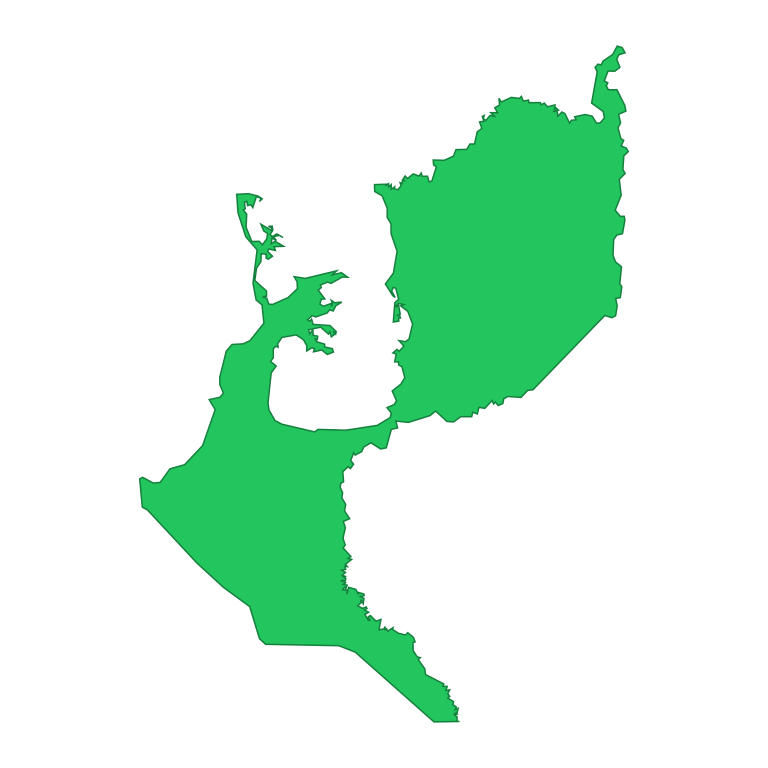 Turbo, Antioquia, Colombia (orthographic projection)
{"feature_id": "7082276B90132082814174", "entity_name": "Turbo", "entity_type": "district", "adm_level": 2, "iso_a3": "COL", "parent_name": "Colombia", "parent_adm1": "Antioquia", "projection": "orthographic", "projection_center": [-76.668, 7.972], "detail": "fine", "context": "isolated", "style": "filled", "palette": "green", "viewbox_px": 768, "rotation_deg": 0, "n_neighbors": 0, "source": "geoboundaries", "source_scale": "gbopen_adm2", "svg_char_len": 6085}
<svg xmlns="http://www.w3.org/2000/svg" viewBox="0 0 768 768"><path d="M349.7,518.7L344.5,510.9L345.7,504.3L341.9,498.0L342.6,492.6L340.2,487.4L340.8,483.3L343.6,481.8L342.8,471.7L348.2,466.7L350.4,468.6L353.6,464.2L350.7,460.6L353.6,452.9L355.2,455.1L361.7,451.6L363.7,447.1L370.9,442.8L380.7,449.0L386.3,447.8L391.3,429.4L397.6,427.9L395.9,421.1L408.4,422.4L430.0,415.6L435.7,411.1L447.0,421.5L453.6,421.9L460.7,416.7L471.7,416.7L472.8,412.2L477.3,414.0L478.9,407.4L484.8,408.3L492.2,400.5L493.6,404.0L495.4,402.1L498.2,405.5L502.8,403.6L503.8,398.8L507.8,396.5L521.0,397.4L527.7,390.4L533.0,389.7L604.8,315.5L611.9,317.7L615.6,315.8L617.2,306.0L615.7,298.5L620.3,297.6L621.8,286.8L619.8,283.7L621.5,266.8L615.5,261.9L613.0,255.2L613.7,239.5L616.9,235.0L622.5,233.7L624.9,220.1L624.2,216.3L620.4,216.4L615.2,210.2L621.2,195.2L619.3,179.3L625.1,173.5L622.9,169.5L623.8,155.9L628.3,151.6L626.2,148.0L621.2,146.1L623.7,140.3L620.9,138.7L618.0,127.8L620.6,122.9L618.6,114.3L625.9,111.1L624.8,105.4L616.9,89.7L608.4,89.8L606.3,85.8L607.8,82.8L604.3,81.0L608.0,71.1L614.8,71.2L619.9,67.4L616.7,59.2L618.8,54.8L625.1,52.8L622.0,47.5L617.2,46.1L612.8,54.4L603.0,61.1L601.3,64.8L597.9,64.2L595.1,67.4L597.2,71.8L591.6,103.1L603.2,111.5L604.4,117.9L600.2,122.9L596.5,123.1L592.2,116.2L585.3,114.5L574.7,116.8L576.1,119.8L571.3,120.3L569.6,123.2L564.9,113.6L561.9,112.0L557.9,116.2L557.1,111.0L553.0,111.6L558.5,110.1L555.8,107.8L554.6,109.2L555.0,104.9L547.5,106.8L544.3,103.1L541.1,104.8L540.4,102.6L528.9,102.7L528.5,100.1L523.3,101.1L521.4,96.4L519.4,98.4L511.3,97.4L501.4,102.0L498.9,98.3L499.6,105.0L494.8,107.8L497.6,112.7L490.8,112.7L494.4,116.4L490.1,115.4L486.0,120.4L483.3,118.6L484.2,115.5L482.3,116.5L483.9,121.3L479.6,121.9L481.8,128.5L477.3,131.7L474.5,144.0L469.9,144.0L466.8,149.4L456.0,149.6L453.5,156.1L444.2,160.3L433.2,160.0L433.6,164.9L436.3,167.0L431.9,181.0L429.1,181.8L427.5,176.2L422.2,176.3L421.2,173.0L419.0,176.1L413.3,173.9L407.5,178.5L405.2,176.0L403.1,179.0L404.4,180.7L402.4,180.3L402.2,183.5L400.1,182.7L401.1,185.6L398.0,189.6L394.4,189.0L394.7,186.8L391.3,189.2L391.2,184.6L388.7,187.0L388.6,183.7L385.6,185.9L386.4,184.2L374.5,184.6L374.7,191.5L382.1,195.8L387.2,208.1L387.2,217.5L391.0,223.8L391.1,233.7L397.1,251.3L393.4,273.1L385.4,284.0L392.7,295.6L395.2,297.5L391.7,291.1L393.1,287.5L395.8,288.2L398.6,299.3L394.8,302.8L393.3,322.0L398.8,321.2L398.7,317.8L400.4,318.0L399.6,315.0L396.6,315.6L400.2,314.1L398.6,305.4L396.7,306.7L396.4,306.0L396.1,306.5L395.9,306.5L395.8,306.1L398.5,303.4L403.8,304.6L400.6,305.8L407.8,311.4L412.6,324.1L409.0,339.1L405.4,341.7L399.0,340.6L403.9,346.1L399.2,351.3L397.0,349.4L392.9,352.9L396.2,354.0L394.7,361.9L398.4,361.8L398.8,365.1L401.9,366.7L404.8,377.7L400.9,384.1L392.2,391.0L396.5,400.7L394.2,404.5L387.0,407.7L391.2,412.8L390.3,417.5L377.2,425.4L345.9,430.2L318.0,429.4L314.6,431.9L281.9,424.2L275.0,420.5L269.0,410.1L268.0,403.0L271.2,372.9L276.2,366.0L270.6,361.5L273.3,357.7L273.3,348.8L275.9,346.2L278.1,347.2L277.7,343.8L281.9,337.4L296.1,334.9L303.4,339.6L306.9,345.9L306.7,351.0L311.9,347.7L314.5,348.7L313.5,351.8L321.8,350.0L327.2,354.5L333.4,352.1L332.4,348.6L324.6,347.0L324.7,344.2L316.5,341.7L315.3,339.0L317.3,339.6L317.7,336.2L313.2,335.3L312.8,329.6L309.7,333.9L308.6,329.7L320.7,327.2L328.5,334.1L329.8,331.8L331.3,336.9L334.7,334.3L333.2,331.2L335.7,334.0L336.2,331.6L329.9,325.5L313.1,324.4L311.6,319.1L309.8,321.2L307.6,319.7L312.1,315.7L315.9,316.9L327.1,313.0L329.7,309.8L333.2,311.0L335.8,305.8L341.8,302.1L334.6,302.7L331.3,300.3L332.6,304.3L331.4,305.5L331.4,303.4L323.5,306.2L319.9,304.2L321.3,299.2L324.8,298.9L318.2,290.1L321.3,287.6L320.3,285.0L327.5,282.2L331.2,283.3L342.2,277.1L347.7,277.2L341.5,272.7L332.3,274.9L336.7,270.8L305.3,278.4L294.1,276.7L297.1,281.7L297.4,288.7L288.0,297.6L272.5,304.5L268.7,304.0L266.8,298.2L262.6,297.1L266.6,296.1L266.5,291.0L254.8,280.5L256.5,268.3L260.9,261.5L261.2,253.7L266.1,254.2L266.2,258.3L268.3,259.2L272.5,256.2L267.6,251.4L268.8,249.0L275.4,250.5L274.1,246.7L283.6,246.3L275.1,241.3L271.2,243.8L272.0,238.1L276.4,240.5L273.3,236.6L279.3,235.4L283.0,237.5L276.9,233.9L272.5,236.5L270.0,234.7L272.8,230.2L272.2,226.1L268.4,226.4L271.8,227.9L271.4,230.4L260.9,224.2L263.8,231.0L267.5,233.4L266.8,238.8L262.4,244.8L259.2,241.3L251.8,241.5L246.1,227.3L246.7,214.1L243.3,209.9L245.2,208.9L244.4,202.3L246.8,201.3L247.6,205.6L251.0,204.8L252.8,207.6L256.4,196.5L261.2,198.5L259.5,201.5L262.2,198.8L257.8,196.0L248.6,193.7L236.7,194.3L238.0,212.8L245.8,236.8L257.1,249.9L253.0,283.1L256.1,299.9L262.0,304.9L263.9,323.2L250.0,340.6L243.4,343.8L232.0,344.5L226.3,351.1L219.8,377.1L219.8,384.6L223.4,393.1L219.9,397.3L209.2,399.6L215.2,409.6L202.6,445.6L184.6,464.7L169.9,468.9L160.2,482.4L153.3,483.1L142.6,477.3L139.7,478.9L142.3,507.2L147.4,509.9L196.9,563.0L223.5,587.4L249.7,606.6L259.5,638.7L265.6,644.3L338.8,645.7L355.3,652.2L434.0,721.9L459.5,721.5L457.1,721.3L457.1,716.9L454.5,714.9L456.5,714.3L454.0,713.4L457.1,713.1L458.1,708.3L455.2,709.6L456.3,706.9L452.8,704.6L453.6,701.7L447.7,698.0L449.8,696.4L447.8,693.7L449.7,689.8L445.9,690.5L447.2,686.4L443.0,686.3L443.9,684.0L425.6,674.6L424.8,668.8L418.3,659.7L420.3,657.6L417.2,656.9L413.2,650.7L413.0,642.5L415.1,641.9L413.5,637.5L407.8,632.7L405.3,635.0L398.3,633.2L392.5,629.4L393.0,627.7L387.7,631.2L386.5,628.7L385.0,629.6L385.1,626.5L384.0,629.0L379.0,629.7L380.9,619.4L376.1,621.2L370.3,615.5L368.0,617.2L370.0,620.2L368.5,620.5L364.8,614.3L368.7,612.2L364.5,610.0L367.0,608.5L366.1,606.9L362.7,608.4L357.7,605.8L361.1,602.7L360.8,599.5L363.2,603.8L364.0,598.5L360.4,596.6L364.1,595.7L363.8,594.0L358.4,592.4L358.3,594.4L355.8,589.3L348.7,587.4L346.8,594.2L347.2,590.1L342.6,589.7L344.5,587.2L345.9,588.6L347.2,585.2L343.2,584.3L345.6,582.8L342.4,580.6L340.7,581.7L342.3,580.1L345.0,581.2L345.9,579.0L343.5,576.9L346.3,576.7L342.1,575.3L345.5,572.4L341.6,570.2L345.6,569.4L345.0,566.2L347.3,566.6L345.4,564.3L351.6,559.4L348.1,558.4L350.9,556.6L343.1,547.9L345.2,545.1L343.0,538.2L345.4,527.6L343.3,521.4L349.7,518.7Z" fill="#22c55e" stroke="#15803d" stroke-width="1.5"/></svg>